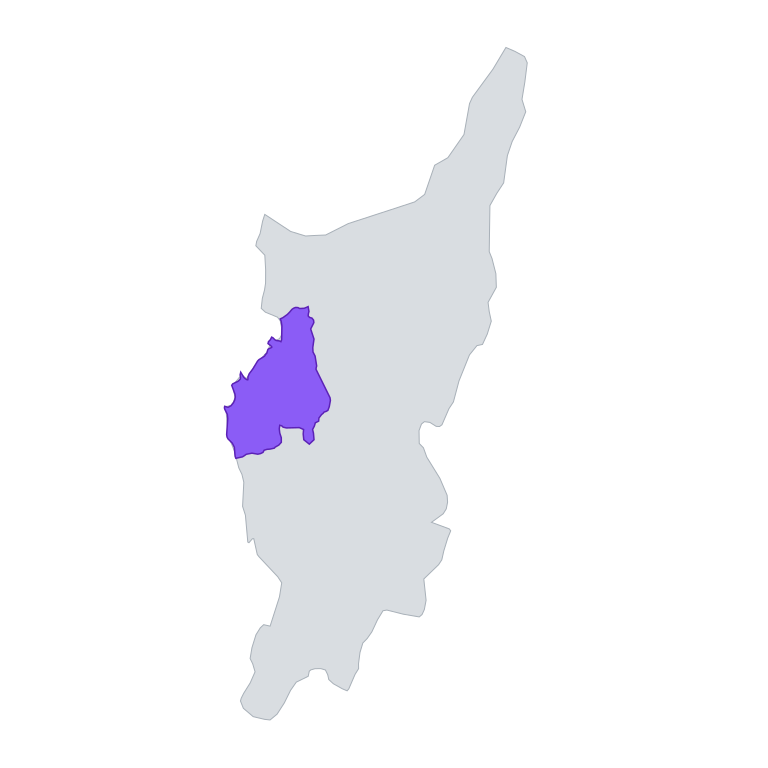 where Samtskhe-Javakheti sits in Georgia, rotated 86°
{"feature_id": "GEO-3038", "entity_name": "Samtskhe-Javakheti", "entity_type": "Region", "adm_level": 1, "iso_a3": "GEO", "parent_name": "Georgia", "parent_adm1": "", "projection": "mercator", "projection_center": [43.25, 41.511], "detail": "fine", "context": "in_parent", "style": "filled", "palette": "violet", "viewbox_px": 768, "rotation_deg": 86, "n_neighbors": 0, "source": "natural_earth", "source_scale": "10m", "svg_char_len": 3778}
<svg xmlns="http://www.w3.org/2000/svg" viewBox="0 0 768 768"><g transform="rotate(86 384 384)"><path d="M395.1,544.5L395.4,542.0L394.6,538.2L391.5,535.5L387.3,533.7L379.5,534.3L372.3,532.5L367.1,527.7L366.0,524.0L368.9,521.0L366.8,518.5L357.8,512.5L343.1,497.7L334.8,494.3L331.5,485.0L328.2,483.0L321.1,482.2L313.8,483.1L312.2,484.1L309.9,485.6L304.1,497.3L300.0,501.2L290.1,499.4L281.8,496.6L275.1,495.1L262.0,494.1L247.2,493.9L237.2,502.2L232.9,501.1L225.3,497.1L213.0,493.7L206.5,491.1L225.3,466.5L230.9,451.9L231.0,443.0L231.3,431.8L221.5,408.5L213.2,375.3L204.5,340.7L197.7,330.2L169.3,318.2L162.7,304.5L140.7,286.8L110.2,279.1L104.1,275.8L77.6,253.4L56.8,238.9L61.3,230.2L67.2,221.0L73.6,218.7L92.4,222.4L109.7,226.5L122.3,223.6L137.3,230.8L151.0,239.2L164.8,245.0L191.7,250.6L201.7,258.2L213.4,265.9L259.3,269.8L263.0,268.6L266.4,267.5L281.8,264.7L295.4,265.2L309.8,274.5L319.0,274.0L328.8,272.6L341.4,277.5L351.4,283.0L352.2,288.6L360.9,296.7L386.2,309.0L406.7,316.0L413.1,320.9L428.7,329.0L430.3,331.6L429.9,334.9L425.5,340.9L424.4,346.3L426.5,349.4L432.9,352.3L445.8,353.0L450.4,349.1L460.0,346.4L469.5,341.4L482.1,334.8L499.4,328.8L506.3,328.8L512.9,330.6L517.6,334.0L525.3,346.3L533.1,329.0L535.1,327.7L542.2,331.2L554.7,336.0L563.4,338.6L568.0,342.1L581.3,357.9L602.7,357.1L611.8,359.5L616.6,362.1L618.8,365.1L615.0,380.7L609.7,396.9L610.1,400.8L618.7,406.9L630.4,413.4L636.7,418.5L640.9,423.2L650.2,426.7L661.1,428.9L666.2,429.2L671.6,433.1L685.7,440.4L687.5,442.2L685.1,446.9L679.5,455.4L675.0,459.7L670.1,460.4L665.2,462.4L663.5,466.9L663.2,472.8L664.1,477.0L665.3,478.6L670.3,480.0L675.3,492.3L683.1,498.6L695.2,505.7L705.9,513.7L711.2,521.1L710.2,526.5L706.7,537.7L697.7,546.9L690.2,549.3L687.6,548.4L682.7,545.5L672.8,538.3L662.1,532.7L653.9,534.5L648.5,536.7L637.8,534.1L625.2,529.2L618.6,524.4L615.7,520.8L617.6,514.5L589.0,503.1L575.2,499.9L568.9,503.4L547.8,520.6L545.3,522.3L529.2,524.7L529.2,526.1L532.9,529.8L532.2,530.9L505.2,531.4L496.2,533.6L472.2,530.7L464.3,532.0L457.5,534.7L441.1,537.7L429.7,541.4L415.2,543.2L400.3,543.4L395.1,544.5Z" fill="#d9dde1" stroke="#a8b0b8" stroke-width="1"/><path d="M335.6,496.9L333.7,496.3L331.9,494.3L329.4,492.8L330.2,491.5L332.1,489.9L332.9,488.9L333.3,487.7L333.5,486.4L333.8,485.1L334.6,483.9L332.7,483.0L319.0,481.8L314.1,482.2L312.2,482.9L311.8,483.0L310.8,480.3L307.9,475.6L305.6,473.0L303.1,470.6L302.1,468.9L301.5,467.1L301.7,464.6L302.8,462.9L302.9,458.3L302.0,455.6L301.5,454.3L306.4,453.8L308.5,454.5L310.8,454.9L312.4,453.6L313.2,451.3L315.4,449.8L317.9,449.7L324.0,453.3L334.3,450.7L342.7,452.5L347.1,452.6L351.3,450.8L361.3,449.9L363.0,450.5L364.6,450.8L393.9,438.8L396.6,438.6L402.9,440.2L406.4,441.8L407.3,443.6L407.8,445.7L409.1,446.9L410.1,448.4L413.4,451.3L416.5,451.8L417.9,455.2L421.1,456.4L424.4,458.4L428.1,457.8L434.7,457.7L438.8,462.7L434.0,467.9L428.2,468.1L423.8,467.4L421.6,471.5L421.0,484.5L420.0,487.7L418.6,488.9L417.9,490.9L421.4,491.6L425.7,491.4L430.4,490.2L435.0,490.5L437.6,493.2L439.4,497.0L440.3,497.8L440.6,499.6L441.0,502.4L441.0,505.2L441.7,508.2L443.8,509.5L444.8,512.0L445.2,514.8L443.8,520.6L444.5,526.3L445.7,528.2L446.8,530.2L447.8,537.0L445.6,537.6L436.6,537.7L432.4,539.5L427.8,543.5L425.9,544.3L423.5,544.5L407.6,542.3L403.4,542.4L398.1,544.6L397.2,544.8L396.2,544.8L395.2,544.5L396.4,541.2L395.0,538.1L392.3,535.6L389.7,534.1L386.6,533.2L383.7,533.4L374.7,536.0L373.3,534.9L371.0,529.2L369.0,526.9L367.1,526.7L364.9,526.9L362.3,526.1L367.6,523.4L369.0,522.1L370.3,520.2L370.2,519.5L367.3,519.2L364.3,517.7L359.6,513.6L352.4,508.6L351.0,507.1L348.1,501.6L347.3,500.7L346.4,500.4L346.0,499.8L345.6,499.3L345.0,498.7L342.1,497.7L341.3,497.3L340.5,495.8L340.0,494.2L339.3,493.3L338.0,494.2L335.6,496.9Z" fill="#8b5cf6" stroke="#5b21b6" stroke-width="1.5"/></g></svg>